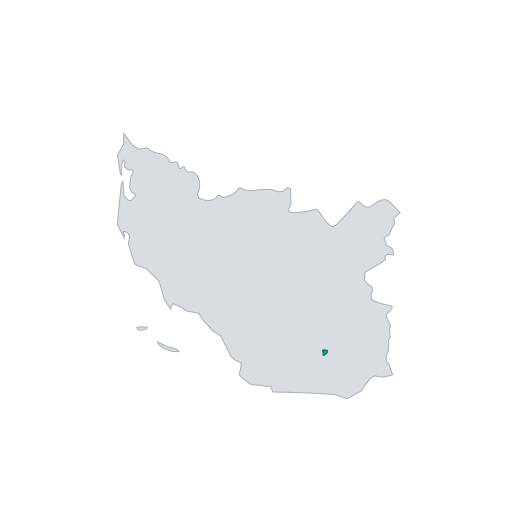 location of San Vicente Centenario, Santa Bárbara, Honduras, rotated 229°
{"feature_id": "27666195B10024798844704", "entity_name": "San Vicente Centenario", "entity_type": "district", "adm_level": 2, "iso_a3": "HND", "parent_name": "Honduras", "parent_adm1": "Santa Bárbara", "projection": "equal_earth", "projection_center": [-88.287, 14.884], "detail": "fine", "context": "in_parent", "style": "filled", "palette": "teal", "viewbox_px": 512, "rotation_deg": 229, "n_neighbors": 0, "source": "geoboundaries", "source_scale": "gbopen_adm2", "svg_char_len": 3482}
<svg xmlns="http://www.w3.org/2000/svg" viewBox="0 0 512 512"><g transform="rotate(229 256 256)"><path d="M435.2,236.6L420.3,235.4L413.3,237.8L410.3,243.2L407.6,245.6L405.4,245.1L401.0,247.2L394.3,252.0L388.2,253.8L382.8,252.6L381.3,253.8L380.9,255.4L380.0,256.9L378.0,257.7L375.5,257.3L372.8,255.6L371.4,256.3L371.3,259.5L369.8,260.3L367.0,258.8L363.9,260.0L360.5,263.7L355.6,264.5L349.4,262.4L344.5,258.3L341.0,252.3L336.9,250.8L329.7,255.3L326.8,260.4L326.1,263.6L326.8,266.5L325.5,268.4L322.2,269.4L319.7,272.9L317.9,279.0L317.6,283.7L318.7,287.1L317.0,289.5L312.6,291.1L307.5,296.3L301.6,305.3L295.6,311.6L289.7,315.1L286.9,319.1L287.1,323.4L286.8,324.8L285.6,325.3L283.7,325.9L272.3,316.4L269.0,309.9L266.2,310.9L262.6,314.2L257.6,321.6L252.2,331.7L249.6,332.8L236.1,331.3L228.9,332.2L227.5,333.5L226.8,337.2L227.2,342.2L229.2,359.9L230.3,367.2L229.3,369.5L225.6,369.9L220.9,370.9L218.3,374.2L217.7,377.7L217.5,382.5L216.0,387.5L213.1,391.1L210.2,392.3L194.1,393.3L194.3,385.1L189.7,381.7L187.0,374.9L184.7,370.2L185.5,367.5L185.2,364.2L178.7,361.6L172.5,363.6L169.0,362.3L166.4,360.6L170.9,356.5L171.2,354.0L169.7,352.2L168.3,351.0L168.7,346.4L169.6,341.0L172.1,328.3L171.2,326.1L167.1,322.3L161.9,321.9L156.1,323.1L153.4,321.2L151.0,316.8L146.9,314.7L139.6,318.2L132.0,323.5L129.6,325.4L127.7,325.1L126.8,321.2L126.4,316.5L126.0,315.4L121.9,313.7L117.1,312.6L114.7,311.3L112.4,308.1L106.7,304.1L105.4,301.0L97.8,294.1L96.2,290.7L94.5,288.2L90.8,285.0L88.0,285.7L78.3,281.8L76.8,281.4L78.2,277.9L81.2,272.5L87.9,266.6L88.5,261.7L86.7,252.4L85.0,246.4L85.9,243.7L88.0,232.9L89.6,230.4L99.2,225.0L100.1,224.2L107.7,216.5L116.1,208.0L124.8,198.7L134.5,188.2L139.9,182.1L142.4,179.5L148.0,181.6L152.4,176.7L155.0,175.0L160.9,169.1L162.8,167.8L172.7,165.4L177.6,165.5L181.8,171.5L185.1,174.7L191.4,171.9L196.7,171.3L218.5,176.9L227.2,174.4L243.1,173.9L250.3,175.3L260.3,167.4L266.8,165.8L274.4,162.1L273.4,158.3L271.6,156.6L283.2,158.3L300.5,166.3L319.0,164.8L325.6,160.5L329.9,159.3L348.8,167.5L353.8,173.8L357.7,174.4L360.7,173.0L361.5,171.7L357.8,170.3L356.1,168.3L371.0,172.2L399.2,202.1L399.8,204.6L387.8,195.7L381.5,196.4L379.8,197.8L380.2,202.6L380.8,204.9L383.5,205.2L385.5,203.9L390.5,205.4L393.8,208.7L397.8,213.6L400.2,218.9L402.8,219.0L405.3,215.8L410.0,215.4L413.2,219.0L415.4,218.8L412.3,213.2L405.0,207.7L406.7,207.4L422.8,217.4L427.4,229.9L431.2,232.7L435.2,236.6ZM246.5,129.2L237.3,135.2L234.4,135.1L238.6,130.5L245.4,126.5L251.2,124.5L255.9,125.3L246.5,129.2ZM278.0,122.8L273.7,127.2L272.9,125.2L275.0,121.1L277.6,118.7L280.2,118.9L279.5,120.7L278.0,122.8Z" fill="#d9dde1" stroke="#a8b0b8" stroke-width="1"/><path d="M137.2,242.3L137.1,242.2L137.0,242.3L136.9,242.3L136.9,242.2L136.8,242.3L136.7,242.4L136.5,242.5L136.5,242.8L136.5,243.1L136.5,246.4L137.9,247.8L138.8,246.7L139.0,246.5L139.1,246.4L139.3,246.3L139.4,246.2L139.5,246.0L139.8,246.2L139.8,246.3L140.0,246.2L140.3,246.0L140.3,245.9L140.2,245.9L140.0,245.7L140.0,245.4L140.3,245.4L140.4,245.2L140.5,245.2L140.7,244.9L140.8,244.8L140.8,244.7L140.9,244.4L140.7,244.3L140.5,244.2L140.5,244.3L140.4,244.3L140.3,244.2L140.2,244.2L140.1,244.3L140.0,244.2L139.9,244.2L139.9,244.3L139.8,244.2L139.7,244.2L139.7,244.3L139.5,244.2L139.4,244.2L139.2,244.1L139.2,243.9L139.0,243.7L138.9,243.7L138.8,243.4L138.7,243.4L138.6,243.2L138.4,243.0L138.3,242.9L138.2,242.8L138.2,242.7L137.9,242.6L137.8,242.4L137.7,242.4L137.4,242.3L137.2,242.3L137.2,242.3Z" fill="#14b8a6" stroke="#0f766e" stroke-width="1.5"/></g></svg>